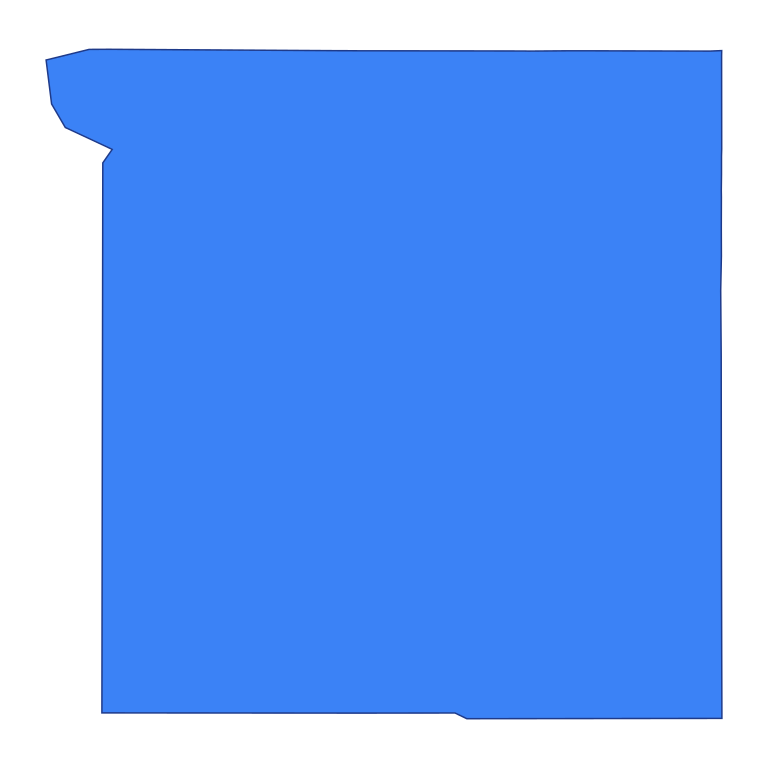 Ottawa, Oklahoma, United States of America (Natural Earth projection)
{"feature_id": "52423323B73964921740161", "entity_name": "Ottawa", "entity_type": "district", "adm_level": 2, "iso_a3": "USA", "parent_name": "United States of America", "parent_adm1": "Oklahoma", "projection": "natural_earth1", "projection_center": [-94.749, 36.834], "detail": "fine", "context": "isolated", "style": "filled", "palette": "blue", "viewbox_px": 768, "rotation_deg": 0, "n_neighbors": 0, "source": "geoboundaries", "source_scale": "gbopen_adm2", "svg_char_len": 591}
<svg xmlns="http://www.w3.org/2000/svg" viewBox="0 0 768 768"><path d="M721.4,519.4L721.2,356.4L720.7,290.4L721.4,256.1L721.3,227.0L721.4,197.4L721.4,197.2L721.3,190.3L721.5,174.3L721.5,156.2L721.7,148.9L721.6,59.1L721.6,56.0L721.7,50.6L709.9,51.1L589.0,50.8L585.6,50.8L567.8,50.8L528.2,51.1L524.7,51.0L463.1,50.9L375.4,50.8L359.7,50.8L345.3,50.7L339.8,50.7L109.1,49.3L89.1,49.4L46.1,60.0L51.6,104.0L65.3,127.5L112.2,149.4L102.8,162.9L101.9,712.9L359.8,713.1L455.0,713.0L466.8,718.7L721.9,718.4L721.9,715.4L721.7,650.8L721.4,519.4Z" fill="#3b82f6" stroke="#1e3a8a" stroke-width="1.5"/></svg>